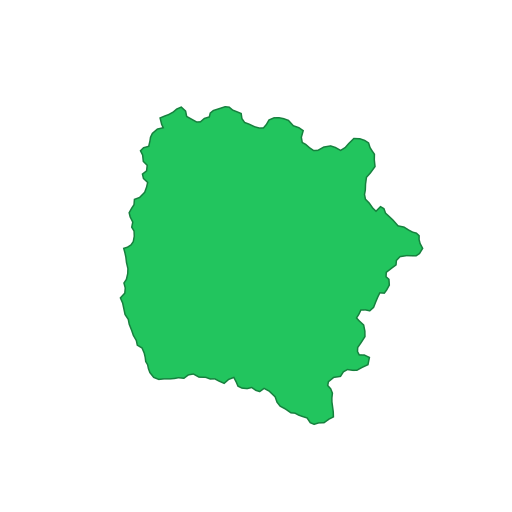 Itaguara, Minas Gerais, Brazil, rotated 39°
{"feature_id": "56859067B20958888091041", "entity_name": "Itaguara", "entity_type": "district", "adm_level": 2, "iso_a3": "BRA", "parent_name": "Brazil", "parent_adm1": "Minas Gerais", "projection": "albers", "projection_center": [-44.527, -20.371], "detail": "fine", "context": "isolated", "style": "filled", "palette": "green", "viewbox_px": 512, "rotation_deg": 39, "n_neighbors": 0, "source": "geoboundaries", "source_scale": "gbopen_adm2", "svg_char_len": 2907}
<svg xmlns="http://www.w3.org/2000/svg" viewBox="0 0 512 512"><g transform="rotate(39 256 256)"><path d="M94.6,209.1L99.9,213.1L103.2,214.7L99.5,219.4L98.3,225.9L99.3,230.1L101.3,233.5L103.6,238.3L100.5,242.6L100.0,246.9L104.4,248.9L108.9,253.4L114.4,254.0L117.4,258.7L116.2,263.8L119.8,266.6L125.5,267.0L127.6,271.3L129.4,276.5L128.7,283.8L125.9,288.5L128.9,292.9L129.3,297.0L130.2,302.2L133.6,304.8L138.9,307.2L141.3,311.8L145.6,313.4L149.0,317.3L151.6,322.1L151.9,326.1L150.6,330.0L148.4,333.3L152.0,335.9L155.5,338.7L159.5,342.6L164.4,346.4L167.4,350.4L170.0,355.8L170.4,360.1L174.5,363.1L177.4,367.4L177.0,373.9L182.0,376.5L186.8,380.4L191.1,383.9L196.6,385.6L200.4,388.8L206.1,392.0L210.7,394.9L216.2,397.0L219.9,400.0L225.3,399.2L230.1,401.7L233.6,404.4L236.7,407.4L240.2,408.7L243.4,411.3L247.0,413.4L252.9,414.7L258.1,413.1L261.8,409.4L266.6,405.5L269.8,402.4L272.3,399.4L276.9,396.4L278.3,390.9L281.6,387.1L287.9,386.0L293.3,381.9L297.8,380.4L301.3,377.4L305.9,376.5L311.4,375.0L312.4,369.1L315.2,364.3L320.2,366.5L323.9,368.5L328.2,367.5L332.6,364.6L335.4,360.9L340.5,360.5L344.2,359.0L345.6,353.8L351.3,352.7L359.5,353.4L364.4,356.4L369.3,357.5L375.1,356.4L381.8,355.9L385.2,353.6L389.3,352.8L393.3,351.4L397.6,349.7L403.1,351.4L407.1,350.2L409.7,346.3L413.8,342.7L415.3,337.0L417.4,332.3L414.2,328.6L410.1,324.7L406.8,321.6L404.3,318.6L401.7,314.5L397.6,312.2L393.2,311.5L391.4,308.1L392.8,301.4L397.4,296.4L396.8,291.0L398.5,286.7L403.2,283.9L406.3,281.3L408.6,275.7L411.4,270.0L408.0,263.5L402.5,264.8L398.5,267.9L395.0,266.4L392.6,263.1L392.2,257.5L391.4,250.1L387.9,245.9L383.1,241.9L377.2,241.5L373.1,240.9L372.6,236.5L371.5,232.0L375.0,229.0L378.9,227.0L379.7,221.9L378.0,216.6L376.4,211.1L375.4,206.7L379.1,204.1L378.9,200.1L377.9,194.7L374.0,190.5L370.1,190.3L367.5,186.7L369.1,179.9L370.4,174.8L367.9,171.1L368.3,165.9L372.8,160.9L377.0,157.7L380.3,155.1L381.5,151.2L380.7,145.2L375.6,143.0L372.4,140.6L370.0,137.6L366.3,137.3L362.7,138.9L358.2,139.8L352.8,140.4L347.4,143.2L339.8,141.9L334.5,141.5L329.7,141.2L325.6,138.7L321.7,139.3L321.1,145.7L316.6,145.3L310.6,143.6L305.3,143.0L301.6,139.9L299.4,135.9L295.8,131.1L292.3,125.3L292.6,119.5L292.2,111.6L287.4,106.8L284.0,102.4L280.2,101.3L276.4,100.0L272.3,97.3L267.7,97.8L263.0,99.5L258.1,103.1L257.3,110.3L257.1,115.5L255.3,120.7L249.4,121.7L244.7,123.5L240.1,128.7L237.6,135.0L234.4,137.8L229.4,138.2L224.3,138.0L220.5,138.7L216.5,135.2L213.8,128.9L208.6,129.3L203.0,131.3L195.9,130.2L191.0,131.9L187.0,134.0L183.1,137.2L180.5,142.1L181.3,147.1L181.2,151.8L178.2,154.4L173.7,156.4L167.6,157.9L163.1,159.4L158.6,158.1L154.8,154.6L150.8,155.8L146.0,157.3L141.5,157.2L138.1,159.4L134.7,164.6L131.3,169.8L130.5,173.7L132.2,177.3L129.3,181.6L128.4,186.7L125.6,189.2L120.6,190.1L114.3,191.2L110.1,187.7L104.2,187.3L101.9,191.7L101.1,196.2L99.1,201.1L97.0,204.6L94.6,209.1Z" fill="#22c55e" stroke="#15803d" stroke-width="1.5"/></g></svg>